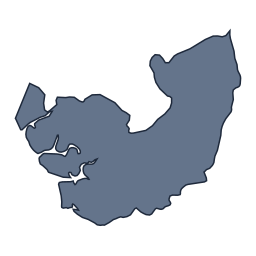 outline of Delta
{"feature_id": "NGA-2860", "entity_name": "Delta", "entity_type": "State", "adm_level": 1, "iso_a3": "NGA", "parent_name": "Nigeria", "parent_adm1": "", "projection": "mercator", "projection_center": [5.747, 5.78], "detail": "fine", "context": "isolated", "style": "filled", "palette": "slate", "viewbox_px": 256, "rotation_deg": 0, "n_neighbors": 0, "source": "natural_earth", "source_scale": "10m", "svg_char_len": 3733}
<svg xmlns="http://www.w3.org/2000/svg" viewBox="0 0 256 256"><path d="M74.0,211.3L73.2,209.3L75.9,209.6L78.5,210.2L77.6,208.6L74.1,204.8L72.8,204.0L72.3,204.6L72.4,206.9L71.9,207.4L70.7,207.5L69.8,207.6L67.9,208.3L66.3,207.6L63.2,208.1L61.8,207.4L61.6,206.4L61.8,201.8L61.2,195.8L58.6,184.2L59.3,182.5L62.3,181.9L70.8,181.7L73.2,181.0L73.5,182.2L73.9,183.1L75.0,184.6L76.0,183.8L77.0,181.9L77.7,181.0L78.4,180.5L82.8,178.8L85.0,178.4L86.9,178.4L88.2,179.3L89.0,179.3L88.1,177.7L85.0,175.0L83.8,173.1L83.3,171.3L83.1,169.2L83.4,167.2L84.2,165.6L85.9,164.5L87.9,164.1L92.1,164.2L93.7,163.5L95.2,161.8L97.0,159.0L94.9,159.8L93.2,161.3L91.4,162.3L89.0,161.6L88.7,162.2L87.9,162.8L87.3,163.4L84.3,162.8L81.2,164.3L79.5,167.2L80.3,170.5L78.8,173.6L77.1,175.5L75.0,176.0L72.3,174.9L71.6,174.0L71.4,173.2L70.9,172.5L69.3,172.3L68.6,173.0L68.9,174.7L69.8,176.5L70.6,177.6L63.2,177.2L48.7,172.3L48.1,171.6L47.5,170.2L47.0,169.5L43.0,165.8L40.3,163.9L39.4,161.2L39.1,158.5L39.5,157.2L40.3,156.7L42.4,154.5L43.5,153.7L44.5,153.5L57.0,154.0L61.8,154.8L64.4,156.3L65.3,156.3L66.6,154.5L68.7,149.9L69.7,148.4L71.4,147.7L73.4,147.7L75.3,148.3L76.7,149.3L77.1,150.2L77.8,153.1L78.1,153.7L79.4,153.6L80.1,153.2L80.3,152.5L80.3,151.0L79.3,149.0L77.1,146.8L74.5,145.0L72.3,144.0L69.9,144.1L68.7,145.3L67.1,149.3L65.7,150.5L63.6,151.5L61.3,152.1L59.2,151.9L56.8,150.6L55.7,148.7L55.8,146.5L58.2,139.5L58.4,137.6L58.2,135.2L57.4,135.2L53.9,144.8L52.6,147.4L50.9,149.0L48.7,149.9L45.6,150.2L44.2,150.5L41.2,152.3L38.0,153.5L37.2,153.1L35.5,151.9L33.5,150.1L31.5,147.6L29.9,145.0L28.7,141.3L27.5,139.6L26.3,137.3L25.9,134.3L26.2,131.7L26.9,128.8L28.1,126.4L29.7,125.4L31.2,125.9L33.7,127.9L34.7,128.2L35.4,127.4L35.1,126.2L34.6,124.9L34.7,123.6L38.7,120.1L49.2,116.2L52.2,111.3L49.5,111.8L45.1,115.7L40.1,117.3L30.3,122.4L28.5,123.7L22.0,129.8L20.7,129.7L15.9,119.2L15.4,118.4L29.7,83.4L38.7,87.7L44.8,94.8L43.6,103.2L44.6,109.9L47.2,111.9L49.4,111.0L56.8,104.6L56.1,100.3L57.4,97.2L65.7,97.6L69.6,97.0L74.3,97.3L79.3,100.9L81.7,101.8L82.9,102.0L84.2,101.0L84.9,99.3L92.1,94.9L100.0,94.6L114.9,102.7L121.9,110.4L126.2,112.7L129.8,115.4L129.3,120.2L126.5,124.6L127.1,126.1L128.5,127.4L129.2,128.9L128.7,130.3L128.9,132.4L131.0,133.2L133.3,133.1L145.9,130.4L152.5,125.7L157.7,119.4L164.8,114.0L170.1,107.9L171.6,103.0L171.6,98.0L169.9,96.5L167.5,96.0L159.9,88.8L155.9,82.4L154.4,77.3L154.0,72.9L149.9,65.7L150.3,61.1L152.1,57.5L155.1,54.7L159.5,55.1L162.7,58.5L165.3,62.7L168.9,62.7L174.2,56.0L177.6,53.9L189.8,48.9L205.3,39.5L213.1,36.1L217.7,36.0L222.2,36.8L225.9,35.6L229.9,30.7L229.8,34.8L230.4,38.6L234.0,51.2L234.8,58.3L237.0,64.6L237.5,69.7L238.1,71.4L239.8,74.7L240.4,76.4L240.6,78.2L240.2,83.9L239.7,85.6L238.8,86.6L237.5,87.3L235.8,87.9L233.3,89.9L232.8,92.8L233.3,99.6L231.6,106.2L231.4,107.3L231.6,109.6L231.4,110.8L231.0,111.9L225.8,118.7L223.4,123.1L222.1,126.4L221.2,129.9L220.8,135.4L217.4,150.3L214.9,156.2L214.4,158.8L213.9,162.4L213.2,164.0L212.3,165.5L209.8,168.2L209.0,168.6L206.7,169.5L206.0,170.1L204.7,171.5L204.0,172.0L204.1,172.3L206.3,177.9L206.6,180.7L204.5,181.9L187.9,184.4L185.8,185.1L183.5,186.9L182.3,188.0L181.3,189.1L180.7,190.5L180.4,192.0L180.4,193.8L180.1,194.6L177.8,195.2L172.4,195.1L170.0,196.0L169.0,199.1L169.2,200.5L170.4,202.4L170.7,203.5L170.1,204.8L168.6,205.6L165.5,206.6L164.4,207.4L163.7,208.2L162.8,208.9L161.1,209.3L159.6,209.1L158.0,208.6L156.5,208.3L155.4,208.8L151.7,213.9L149.6,215.0L146.1,214.6L143.5,213.4L140.8,211.9L136.4,208.0L134.8,208.7L130.5,214.8L127.0,216.6L123.1,217.4L120.7,216.8L118.3,217.6L115.9,218.7L113.5,219.5L109.2,222.5L104.5,225.1L102.5,225.0L100.3,225.3L97.2,224.8L94.7,222.9L88.2,219.4L82.4,217.4L77.4,214.2L74.0,211.3Z" fill="#64748b" stroke="#1e293b" stroke-width="1.5"/></svg>